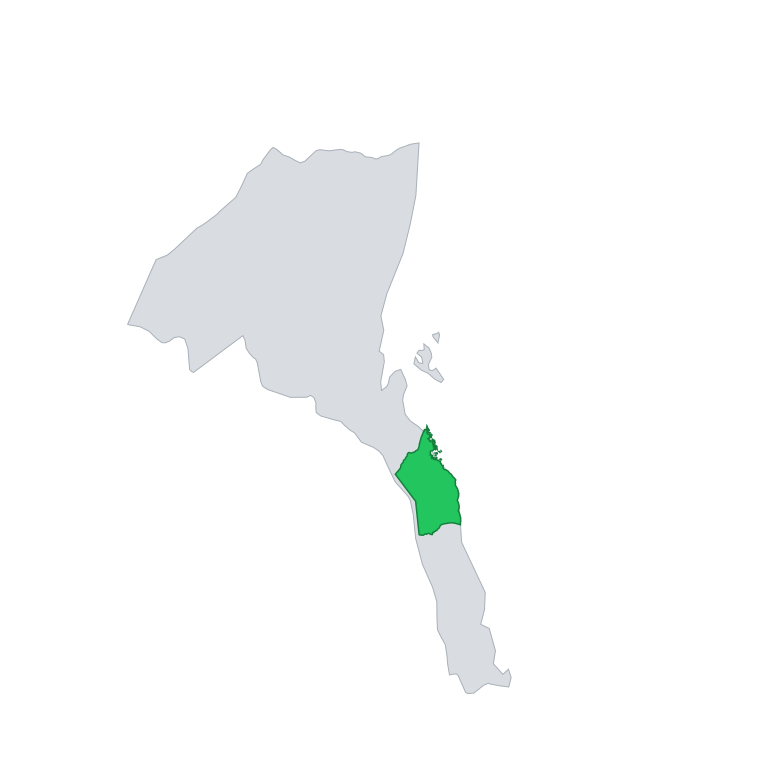 Araeta, Debubawi Keyih Bahri, Eritrea shown in context, rotated 30°
{"feature_id": "51966322B42999406046920", "entity_name": "Araeta", "entity_type": "district", "adm_level": 2, "iso_a3": "ERI", "parent_name": "Eritrea", "parent_adm1": "Debubawi Keyih Bahri", "projection": "mercator", "projection_center": [40.88, 14.412], "detail": "fine", "context": "in_parent", "style": "filled", "palette": "green", "viewbox_px": 768, "rotation_deg": 30, "n_neighbors": 0, "source": "geoboundaries", "source_scale": "gbopen_adm2", "svg_char_len": 8207}
<svg xmlns="http://www.w3.org/2000/svg" viewBox="0 0 768 768"><g transform="rotate(30 384 384)"><path d="M132.1,460.4L129.6,437.4L127.9,422.0L126.1,405.7L124.5,390.2L131.9,380.7L135.3,371.7L144.1,342.4L147.6,336.6L154.5,320.8L155.5,316.3L162.3,296.4L161.6,283.2L160.3,269.8L164.0,261.9L167.3,255.6L167.1,250.2L168.6,237.7L169.7,234.6L173.7,234.4L182.1,236.1L188.3,234.8L195.4,234.8L200.8,234.4L204.1,230.6L208.5,216.0L211.4,213.1L213.6,212.2L219.9,209.5L225.3,205.3L229.7,202.2L231.3,201.6L235.9,201.2L240.5,199.4L242.7,197.4L248.5,195.7L254.2,196.6L258.1,194.8L260.6,193.7L263.5,193.6L266.2,191.9L267.3,189.3L269.0,187.6L273.5,183.9L275.5,181.1L276.5,178.3L277.4,176.1L279.3,172.4L287.1,163.1L293.8,157.7L317.3,204.7L326.8,232.5L335.2,261.4L341.4,304.7L347.3,326.7L356.9,337.5L363.4,358.0L369.0,358.8L373.1,364.5L380.0,383.7L385.1,390.8L387.7,384.7L387.4,381.1L385.4,375.2L387.2,367.6L391.1,363.0L400.0,369.2L404.9,374.0L406.2,383.4L408.2,388.6L417.5,399.7L425.4,402.9L435.6,403.7L444.1,406.2L450.9,410.2L463.7,421.5L493.0,431.3L516.5,461.5L530.4,482.3L575.9,513.9L583.8,529.0L587.9,543.8L597.4,543.1L613.9,559.3L618.6,571.6L632.1,576.0L634.4,568.8L640.9,574.7L643.5,584.0L634.9,587.6L625.4,590.9L624.1,590.8L620.9,595.0L616.4,606.7L611.5,610.1L608.9,610.3L594.1,599.5L591.8,598.8L588.6,601.0L586.2,603.2L579.4,595.0L574.3,587.7L567.3,579.0L560.5,575.0L553.2,570.1L546.0,558.7L538.6,546.1L527.8,535.8L507.4,520.9L488.8,502.1L474.5,482.3L465.3,472.0L461.4,469.4L442.4,463.0L429.1,453.9L418.9,446.5L412.6,444.5L406.5,444.2L393.6,445.7L382.8,441.0L378.3,441.0L371.1,439.7L365.4,438.0L358.7,440.0L345.1,443.3L339.5,442.6L336.4,438.0L334.6,434.4L329.9,430.7L326.0,430.7L323.8,434.0L309.5,442.4L285.7,447.0L280.0,446.7L275.8,443.3L263.7,429.0L260.3,426.6L257.6,426.4L252.0,424.7L246.7,421.9L242.2,416.1L237.6,412.7L232.6,424.2L223.9,444.4L219.3,455.2L213.3,469.1L211.4,469.5L208.3,468.5L196.4,451.2L188.9,444.7L183.3,445.3L179.2,448.5L176.7,454.3L173.9,457.8L170.9,459.2L164.4,458.5L154.4,455.8L144.1,456.4L133.5,460.3L132.1,460.4ZM412.7,344.8L415.9,349.1L418.1,348.7L419.9,347.3L421.1,344.2L433.4,350.2L432.7,354.2L425.3,354.4L416.9,352.7L409.1,353.3L399.8,351.6L397.6,344.8L403.6,348.1L406.6,347.3L407.2,346.4L403.0,341.8L397.1,340.9L397.5,337.3L400.1,335.9L401.7,334.2L398.4,329.3L405.0,330.4L409.2,333.4L412.0,336.8L412.7,344.8ZM407.6,313.7L410.2,321.5L402.7,318.5L401.4,316.9L404.7,313.8L405.4,311.9L407.6,313.7Z" fill="#d9dde1" stroke="#a8b0b8" stroke-width="1"/><path d="M520.6,467.7L520.4,467.3L519.9,466.6L519.4,465.5L519.1,464.4L518.4,463.6L517.8,462.4L517.3,461.6L514.1,458.3L513.5,458.0L512.8,457.3L512.5,457.2L511.9,457.0L511.6,456.1L511.6,455.9L511.4,455.6L511.4,455.4L511.3,455.2L511.3,454.4L510.6,452.9L509.7,451.6L508.4,450.2L507.2,449.2L506.1,448.6L505.6,448.1L505.3,446.1L505.0,445.4L504.7,443.7L504.4,443.1L504.0,442.9L503.7,442.4L503.7,442.1L503.5,441.9L503.5,441.4L503.2,441.4L502.4,440.2L501.9,439.9L501.8,439.6L501.4,439.5L501.2,439.1L500.8,438.8L500.6,438.5L499.1,437.4L498.6,437.2L498.3,437.0L496.6,436.1L496.2,435.6L495.3,433.8L494.9,433.4L494.5,433.2L494.4,432.8L494.2,432.1L494.2,431.4L494.0,431.1L493.5,430.8L492.8,430.7L492.2,430.4L490.7,430.1L490.0,429.7L488.9,429.5L488.3,428.9L487.6,428.6L485.1,428.3L483.9,427.7L483.0,427.4L481.2,427.3L480.4,427.4L479.3,427.8L478.5,427.8L478.0,427.7L476.8,426.9L476.3,426.0L476.3,425.3L476.2,425.2L476.1,425.5L475.8,425.7L475.3,425.8L474.8,425.6L473.9,424.6L473.6,424.5L473.4,424.7L473.1,424.6L472.7,424.4L472.5,424.1L472.1,423.9L471.7,422.9L471.4,422.8L471.2,422.8L471.1,423.0L470.7,423.2L469.5,422.8L469.2,423.3L468.9,423.4L467.2,423.3L466.8,423.2L466.5,422.9L465.9,422.9L465.6,423.3L466.2,423.5L466.2,423.8L465.8,423.9L465.2,424.3L464.8,424.2L464.6,423.6L464.3,423.5L464.3,423.8L464.2,423.5L463.7,423.4L463.3,423.8L463.4,424.2L463.3,424.3L463.1,424.4L462.9,424.6L462.1,424.5L461.9,423.8L461.6,423.6L461.6,423.2L461.9,422.9L462.6,423.1L462.1,422.7L461.9,422.0L461.6,421.8L461.3,421.8L461.4,422.0L461.0,422.1L460.6,422.2L460.3,422.2L459.5,422.3L459.5,421.7L459.1,421.1L458.4,420.5L457.9,419.2L458.1,418.5L459.3,417.6L459.6,416.9L459.8,416.3L459.7,415.2L459.8,414.2L459.6,414.0L459.7,413.6L459.5,413.2L459.2,413.1L459.1,414.1L458.5,413.8L456.4,411.5L455.1,410.5L454.8,409.6L454.5,409.4L454.3,409.4L454.0,409.7L453.3,409.8L452.6,410.6L452.4,410.1L452.0,410.3L451.9,410.0L451.7,409.7L451.4,409.9L451.2,409.7L450.6,409.8L450.1,409.6L449.4,409.4L449.6,409.2L449.7,408.9L450.1,408.8L450.6,407.7L450.8,407.5L450.9,407.1L451.0,406.8L450.8,406.6L450.7,406.3L450.9,406.4L451.1,406.7L451.1,406.8L451.5,406.5L451.5,406.2L451.1,405.4L451.1,404.2L450.8,404.0L450.6,404.1L450.4,404.8L450.7,404.7L450.7,404.3L450.9,404.9L450.5,405.1L450.5,405.5L450.4,405.5L449.9,406.1L449.9,405.8L449.7,405.9L449.6,405.1L449.3,404.8L448.8,404.7L448.2,404.7L447.9,404.8L448.1,404.8L447.9,405.1L447.2,405.3L447.6,405.4L447.4,405.5L446.9,405.4L446.0,404.4L445.7,404.3L445.6,404.0L445.1,403.8L444.9,403.2L445.1,402.7L445.3,401.8L444.8,401.5L445.2,401.7L445.6,401.6L445.6,402.4L445.6,402.6L445.8,402.3L445.7,402.0L445.8,401.9L445.8,401.5L446.2,401.4L445.9,401.0L445.1,401.0L444.4,400.5L444.1,400.6L443.2,399.8L442.8,399.2L442.2,398.9L442.4,399.3L442.6,399.9L442.9,400.2L442.8,400.7L443.1,400.8L443.5,401.5L443.6,401.3L443.9,401.4L443.8,401.6L444.0,401.7L443.7,402.1L443.8,401.7L443.6,401.6L443.4,402.2L443.6,402.0L443.7,402.3L443.4,402.3L442.7,402.6L442.0,403.1L442.3,403.3L442.1,403.6L442.3,403.8L442.3,404.2L441.9,404.8L442.3,405.1L442.1,405.3L442.1,405.7L442.9,411.6L444.4,417.3L444.6,418.3L445.4,419.8L446.1,423.1L446.0,424.1L445.3,425.5L445.0,425.8L444.8,426.7L444.2,427.9L443.6,428.4L443.0,429.3L441.6,430.5L440.0,430.7L439.7,431.0L439.3,432.0L439.3,433.3L439.9,434.2L440.0,434.9L439.7,436.0L439.7,437.3L439.9,438.8L439.4,439.6L439.1,440.4L439.2,440.8L439.7,442.1L439.3,444.1L439.2,445.5L439.7,447.1L440.1,447.8L440.2,448.9L440.1,449.9L439.7,451.6L439.8,452.4L439.3,454.0L439.0,456.3L438.9,456.5L470.1,469.8L489.5,496.6L490.1,497.0L490.5,496.9L491.0,496.5L492.0,496.2L493.6,495.3L494.1,494.5L494.5,493.4L494.9,493.1L495.9,492.9L496.6,491.8L497.1,491.2L497.6,491.0L498.6,491.0L500.6,490.6L501.1,490.2L500.9,489.4L500.4,488.7L500.4,488.4L500.5,488.1L501.3,487.7L501.3,486.9L502.1,485.8L502.1,485.0L502.6,484.8L502.9,484.6L503.0,484.3L503.0,483.2L503.7,481.4L503.8,480.6L503.5,479.3L503.6,478.2L504.2,477.0L505.3,475.6L510.4,471.4L512.9,469.9L515.7,468.9L520.6,467.7ZM455.3,407.7L454.0,407.6L454.4,407.9L454.6,407.8L454.8,407.9L454.0,408.4L454.2,408.5L454.4,408.4L454.4,408.7L454.6,408.7L454.6,408.9L454.9,409.3L455.7,408.7L456.3,409.2L457.2,409.4L456.7,410.3L456.8,410.4L457.1,410.0L457.2,409.6L457.6,409.5L457.4,409.0L456.0,407.6L455.8,407.6L455.6,407.8L455.3,407.7ZM460.5,411.4L459.3,411.5L459.2,411.7L459.4,411.6L459.8,411.6L459.7,411.8L460.0,412.0L460.0,412.5L460.5,412.7L461.1,412.6L461.2,412.8L461.0,413.2L460.7,413.1L460.6,413.3L460.9,413.4L460.4,413.6L460.6,413.8L461.1,413.3L461.5,413.4L461.5,412.5L461.4,411.9L460.5,411.4ZM462.6,418.3L463.4,418.1L463.9,418.3L464.1,418.1L464.7,418.0L465.0,417.9L465.0,417.5L464.6,417.2L464.2,417.1L463.8,417.3L463.8,417.6L463.3,418.1L462.6,418.2L462.6,418.3ZM471.3,420.4L470.4,420.6L470.2,420.7L470.1,421.1L470.5,421.0L470.9,421.2L471.3,421.1L471.6,420.8L471.5,420.5L471.3,420.4ZM464.4,419.6L463.9,420.1L464.3,420.4L464.8,420.2L464.7,419.7L464.4,419.6ZM461.3,414.8L461.1,414.2L460.7,414.5L460.7,414.9L460.9,414.8L461.1,415.1L460.8,415.1L460.7,415.3L461.3,415.2L461.3,414.8ZM466.6,421.4L466.1,421.5L466.1,421.9L466.6,421.9L466.7,421.7L466.8,421.6L466.6,421.4ZM465.4,422.8L464.9,422.9L464.9,423.2L465.3,423.2L465.5,423.0L465.4,422.8ZM465.9,415.1L465.7,414.8L465.3,415.0L465.9,415.1ZM458.2,411.0L457.7,411.0L457.4,411.1L458.1,411.1L458.2,411.4L458.3,411.2L458.2,411.0ZM467.2,413.9L467.3,413.6L467.0,413.5L467.2,413.9ZM462.5,414.0L462.8,414.1L462.8,413.8L462.6,413.7L462.5,414.0ZM457.5,411.2L457.4,411.1L457.0,411.3L457.0,411.5L457.5,411.2ZM448.4,403.2L448.2,403.1L447.8,403.2L448.3,403.3L448.0,403.3L448.4,403.2ZM447.0,403.4L447.5,403.2L446.9,403.3L447.0,403.3L447.0,403.4ZM462.9,423.4L463.0,423.2L462.7,423.3L462.9,423.4ZM446.5,403.8L446.9,403.5L446.5,403.6L446.5,403.8Z" fill="#22c55e" stroke="#15803d" stroke-width="1.5"/></g></svg>